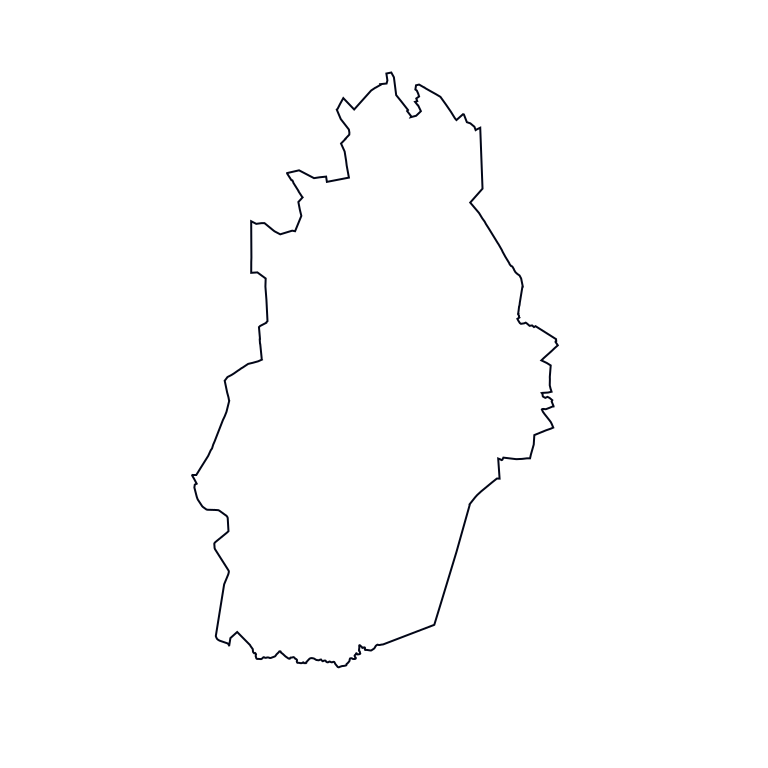 Burtnieku pag., Burtnieku, Latvia (orthographic projection), rotated 197°
{"feature_id": "27541924B29560801732467", "entity_name": "Burtnieku pag.", "entity_type": "district", "adm_level": 2, "iso_a3": "LVA", "parent_name": "Latvia", "parent_adm1": "Burtnieku", "projection": "orthographic", "projection_center": [25.298, 57.686], "detail": "fine", "context": "isolated", "style": "outline", "palette": "ink", "viewbox_px": 768, "rotation_deg": 197, "n_neighbors": 0, "source": "geoboundaries", "source_scale": "gbopen_adm2", "svg_char_len": 6020}
<svg xmlns="http://www.w3.org/2000/svg" viewBox="0 0 768 768"><g transform="rotate(197 384 384)"><path d="M265.5,168.4L265.5,193.6L265.6,244.5L266.7,293.6L267.0,293.9L263.7,302.3L262.4,305.1L259.7,309.7L251.7,321.8L248.4,326.6L245.8,327.3L253.0,346.1L251.2,346.0L249.3,345.6L248.7,346.1L248.3,348.5L235.5,350.8L229.9,352.8L225.6,354.7L222.6,355.6L222.9,359.5L223.1,369.9L224.4,375.3L225.3,379.1L215.5,387.1L211.5,390.0L209.4,391.8L211.8,394.7L213.3,396.3L214.9,397.5L221.7,402.2L223.9,403.9L225.6,405.8L225.3,406.3L224.1,406.8L222.2,407.1L221.6,407.4L218.4,409.9L216.3,411.7L215.7,412.1L215.3,412.1L215.3,412.3L218.5,416.2L218.3,417.7L221.6,419.1L223.9,419.5L225.7,417.9L228.1,418.4L228.7,418.9L229.2,420.2L229.5,420.6L230.0,421.2L230.5,421.5L230.2,421.7L224.6,423.8L221.5,425.6L223.4,428.3L225.1,431.2L226.8,437.2L227.5,439.2L230.0,450.5L234.5,451.7L240.4,452.6L238.7,455.7L233.2,464.8L231.3,468.2L229.1,471.8L232.3,474.4L232.3,474.6L232.2,474.6L231.8,475.4L232.5,476.8L232.6,477.2L256.0,483.6L257.2,482.3L259.5,483.3L261.8,482.2L264.9,483.6L266.4,484.1L267.7,483.0L270.6,481.6L271.9,482.0L273.9,483.7L275.5,485.3L274.0,487.1L274.3,487.3L274.6,487.9L275.0,489.0L276.1,489.8L276.3,490.2L276.1,490.7L276.3,490.8L276.8,493.9L277.5,497.7L277.4,498.4L277.6,499.9L277.9,501.4L280.1,517.7L279.8,517.8L283.7,525.0L286.1,527.4L288.6,528.2L290.9,529.3L292.9,531.1L293.3,531.7L295.3,533.6L296.1,534.0L297.0,534.0L297.5,534.4L298.1,534.7L299.1,535.5L299.4,536.0L300.6,537.1L305.1,541.1L309.3,545.2L310.3,546.4L315.4,551.2L316.3,551.9L329.2,563.3L333.2,566.7L335.2,568.7L338.5,571.2L343.1,575.3L354.6,582.7L346.9,599.6L366.9,657.2L369.7,654.6L370.6,653.6L372.7,656.4L377.6,658.5L381.3,658.6L386.4,665.1L387.3,665.1L391.9,657.6L393.7,658.7L399.5,663.8L406.4,669.3L414.0,675.1L418.9,676.3L424.5,677.5L430.8,678.9L432.1,679.4L432.3,679.3L438.0,680.6L440.7,679.0L440.1,674.8L438.4,674.2L436.3,671.8L434.5,669.2L436.6,666.5L434.9,664.2L436.8,662.9L433.2,660.4L433.0,660.5L432.7,660.3L428.5,655.7L429.0,654.7L431.7,649.9L436.4,647.0L436.2,647.9L441.7,651.8L441.1,653.0L450.7,659.7L456.8,663.8L464.2,680.2L468.1,684.0L472.5,681.6L469.5,675.3L469.4,672.1L475.3,669.6L474.8,668.9L475.4,668.4L478.7,664.9L479.0,664.7L482.1,660.9L492.8,637.8L506.5,645.5L507.9,638.9L508.8,633.6L509.4,632.6L502.8,624.7L492.0,617.1L490.6,614.3L490.1,612.3L492.6,607.3L492.4,607.2L495.4,601.4L489.6,594.8L485.5,586.4L483.5,581.9L477.9,571.1L497.7,560.6L500.0,565.4L505.9,562.9L511.1,560.4L527.7,563.5L538.3,557.4L538.2,557.0L532.1,551.8L531.9,551.8L531.4,552.0L531.1,551.9L530.0,550.7L529.4,549.8L522.1,543.5L522.1,543.3L521.8,543.0L517.1,539.1L516.4,538.7L519.1,533.0L515.5,526.2L512.2,520.6L513.7,504.1L516.6,503.8L527.0,496.8L533.3,498.0L534.9,498.6L545.3,502.9L548.0,502.1L553.0,499.8L558.6,500.8L547.7,465.9L546.6,461.8L543.5,451.5L537.7,453.7L528.0,450.3L525.9,442.5L521.0,430.0L514.5,412.0L513.8,410.0L514.8,408.0L514.7,407.9L519.4,403.3L520.2,401.8L515.8,390.9L516.0,390.8L516.0,390.6L514.3,386.2L514.0,386.0L513.9,385.7L508.7,373.3L508.2,371.9L507.9,371.6L511.0,368.9L515.7,365.9L519.8,363.5L524.3,358.0L524.8,357.6L526.6,355.2L527.4,354.3L530.5,350.3L532.5,348.0L535.7,344.9L537.3,340.5L537.2,340.4L531.5,330.0L528.9,325.9L527.3,322.8L527.1,322.7L526.5,311.3L526.9,306.4L527.5,302.5L528.6,287.8L529.2,279.6L529.6,276.1L529.6,272.1L530.3,270.0L531.1,263.9L534.9,249.8L536.9,242.1L540.6,241.0L540.7,240.4L538.1,238.0L534.0,233.9L535.1,232.9L535.5,232.4L535.1,229.6L530.1,221.4L528.7,219.5L527.8,218.6L527.5,218.4L522.2,214.0L521.3,213.5L517.2,212.1L516.2,212.1L510.0,213.8L509.5,214.0L508.7,214.1L507.7,214.4L505.5,214.9L504.4,214.7L495.9,211.8L494.8,210.9L494.3,210.2L489.7,197.8L489.8,197.6L490.5,196.3L498.8,183.9L499.5,182.6L499.6,181.6L498.6,179.1L498.1,177.7L497.4,176.7L478.5,160.5L477.8,159.8L477.5,159.2L477.4,158.6L477.3,157.3L477.3,156.2L478.3,145.7L471.3,94.9L471.2,94.0L471.0,93.5L469.9,92.2L469.4,91.7L468.9,91.3L467.6,90.8L466.2,90.5L457.6,90.2L456.9,89.8L455.7,88.7L455.6,88.8L456.6,96.1L451.9,103.9L435.8,95.2L434.9,94.3L432.0,92.1L431.1,89.9L430.6,89.2L429.5,88.6L429.2,88.8L428.8,88.7L428.5,89.0L427.8,88.6L427.3,88.0L427.3,87.0L427.1,86.1L426.7,85.7L426.3,84.9L426.0,84.5L425.5,84.1L424.9,84.0L424.1,84.3L421.1,85.0L420.3,85.8L419.5,87.3L419.0,87.6L417.6,87.4L416.9,87.6L415.8,88.3L414.4,88.7L413.1,88.6L412.2,88.9L408.8,91.5L408.4,92.0L407.7,94.1L406.3,96.6L405.9,97.7L405.1,98.0L404.6,97.9L404.2,97.3L403.8,97.0L401.9,96.3L398.6,94.7L395.2,93.6L394.2,93.6L393.7,93.9L393.6,94.7L393.4,95.0L392.4,95.3L390.8,96.3L389.8,96.2L388.7,95.4L388.3,95.3L387.4,95.2L386.7,94.8L386.4,94.4L386.3,93.2L386.1,92.9L385.7,92.3L385.3,92.1L383.8,92.5L382.5,92.6L381.1,93.0L380.6,93.3L379.9,94.2L379.6,94.2L378.9,93.7L377.1,94.2L376.8,94.7L377.0,95.1L377.0,95.3L376.6,96.0L376.3,96.7L374.9,99.5L374.2,100.2L372.9,100.8L370.8,101.0L368.0,100.3L365.6,100.7L364.5,101.7L363.7,102.1L362.7,101.4L361.5,101.0L361.1,101.3L360.5,101.9L359.5,102.3L359.0,102.3L358.0,101.5L357.2,101.3L356.4,101.4L355.8,101.8L355.2,102.5L354.8,102.7L352.9,102.5L352.3,102.7L351.2,103.5L350.8,103.6L350.3,103.6L349.8,103.2L348.8,102.1L346.0,100.2L345.6,99.9L344.7,99.8L344.2,100.0L343.2,100.9L341.6,102.0L339.9,102.7L338.6,103.4L337.9,103.9L337.8,104.1L337.9,105.2L337.1,106.5L336.1,108.7L336.1,109.7L336.3,110.7L336.2,111.6L335.6,112.0L334.6,112.3L333.8,112.0L333.0,112.0L331.4,112.5L330.8,113.2L330.8,113.6L331.1,114.1L332.0,114.5L332.7,115.6L332.6,116.1L332.5,116.3L332.3,116.6L332.0,117.0L331.9,118.1L331.7,118.4L331.4,118.4L330.7,117.8L330.1,117.7L328.8,118.3L328.4,118.6L327.9,119.1L327.9,119.3L328.3,119.8L328.8,120.8L329.1,121.2L329.8,121.5L330.1,122.1L330.5,124.6L331.2,126.6L331.1,127.0L330.7,127.1L329.7,126.6L328.4,126.1L327.7,125.4L327.1,125.4L326.1,126.3L325.5,126.4L325.2,126.3L324.9,125.8L324.7,124.6L324.5,124.3L324.1,124.2L322.5,124.7L319.0,125.2L318.4,125.4L318.0,125.8L316.2,128.0L315.9,128.6L315.3,131.1L314.7,132.1L314.2,132.6L314.0,132.8L312.5,132.9L311.9,133.1L310.3,134.0L308.7,134.7L265.5,168.4Z" fill="none" stroke="#020617" stroke-width="2"/></g></svg>